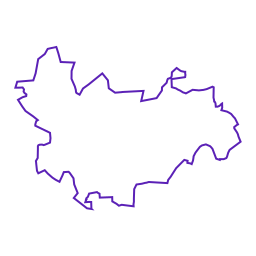 Bichi, Kano, Nigeria (orthographic projection)
{"feature_id": "59680162B73114171000075", "entity_name": "Bichi", "entity_type": "district", "adm_level": 2, "iso_a3": "NGA", "parent_name": "Nigeria", "parent_adm1": "Kano", "projection": "orthographic", "projection_center": [8.292, 12.285], "detail": "fine", "context": "isolated", "style": "outline", "palette": "violet", "viewbox_px": 256, "rotation_deg": 0, "n_neighbors": 0, "source": "geoboundaries", "source_scale": "gbopen_adm2", "svg_char_len": 2745}
<svg xmlns="http://www.w3.org/2000/svg" viewBox="0 0 256 256"><path d="M240.6,141.7L238.5,136.6L237.9,134.3L237.0,132.4L234.3,128.4L234.2,127.1L236.8,125.0L238.0,124.4L235.0,118.4L233.5,116.8L231.2,114.0L229.1,112.7L227.0,111.6L221.4,110.2L222.2,107.7L222.1,103.5L221.4,103.9L221.2,104.3L219.9,105.5L219.4,105.9L217.5,106.7L216.7,106.7L215.8,106.7L215.5,103.4L215.0,102.1L214.2,101.6L214.1,100.3L213.5,97.6L213.7,87.3L212.5,86.7L206.7,89.1L203.4,89.9L198.9,90.4L196.9,90.2L194.7,90.0L192.6,89.8L185.9,93.4L185.3,93.1L183.0,92.4L180.2,90.6L177.9,89.6L176.0,88.4L171.8,87.2L171.5,79.1L176.4,78.4L183.4,77.4L184.0,77.3L184.3,77.3L184.8,77.2L185.1,77.1L185.1,76.8L185.2,76.6L185.2,76.4L185.3,75.9L185.4,75.4L185.4,75.0L185.4,74.8L185.4,74.5L185.3,74.2L185.2,73.6L185.2,72.8L185.2,72.3L185.2,71.8L184.2,71.8L183.9,71.7L183.5,71.6L181.5,71.2L180.5,70.8L176.6,68.0L171.9,72.3L171.7,75.8L171.5,76.8L170.9,77.5L170.2,78.0L167.9,78.8L167.3,80.1L166.6,82.8L162.0,87.3L161.9,90.5L158.4,95.5L156.6,98.1L141.2,101.1L143.5,90.9L122.1,92.0L121.9,92.1L115.1,92.7L108.8,88.3L107.9,80.3L102.3,73.4L88.7,84.4L83.0,88.5L79.6,94.7L76.5,93.0L76.0,92.0L75.8,89.8L75.3,88.1L74.9,86.6L71.5,78.8L71.6,70.9L74.5,62.6L60.7,62.0L58.4,53.5L56.7,48.1L56.3,47.0L51.6,48.0L47.7,48.9L44.8,54.0L38.2,59.1L35.6,73.4L33.3,80.4L17.2,81.7L15.4,87.7L18.1,87.7L22.6,87.5L24.0,89.4L23.6,91.6L24.1,92.3L24.6,93.1L25.5,93.7L26.4,94.4L26.2,96.1L22.6,97.2L18.0,99.8L22.2,106.4L25.5,111.0L33.2,116.4L37.8,120.1L36.2,121.2L35.3,124.4L35.3,125.7L50.0,132.8L50.5,138.2L50.0,142.6L44.7,144.8L43.9,145.0L43.5,145.1L42.8,144.8L42.0,144.6L39.7,144.7L38.4,145.2L37.9,146.1L37.9,147.3L37.9,148.8L37.7,158.0L35.9,161.0L36.1,162.4L36.3,164.5L36.7,168.1L37.0,170.8L38.3,173.3L44.7,170.2L47.8,173.6L52.4,177.6L55.7,179.8L59.5,181.8L60.3,180.0L62.4,175.6L63.8,172.1L68.6,171.8L69.8,173.0L73.5,178.3L74.2,184.4L77.7,193.1L73.8,198.0L87.0,208.3L91.6,209.0L91.4,208.8L91.2,202.0L89.1,201.9L88.0,202.0L85.3,202.2L85.8,200.8L86.2,200.0L86.4,199.6L86.0,199.5L86.4,198.2L87.9,196.8L89.1,193.6L97.0,192.1L97.4,192.5L97.6,192.7L99.3,193.6L99.5,193.7L99.8,197.6L110.6,197.2L112.2,197.1L112.3,201.4L116.5,203.8L118.9,205.7L121.7,204.8L133.6,206.3L133.5,204.2L133.9,201.8L133.9,198.3L134.2,189.1L136.5,184.5L142.0,183.7L145.0,182.9L146.5,182.7L148.8,182.0L167.4,183.1L168.2,179.9L170.7,176.7L172.6,173.7L176.2,168.1L184.3,159.9L187.6,160.8L187.4,162.3L187.4,162.9L189.2,163.2L190.3,163.4L191.7,164.1L192.3,162.4L193.0,160.6L193.5,157.4L193.6,156.3L195.5,152.6L196.7,151.0L199.9,146.8L202.0,145.4L205.9,144.4L210.1,146.2L211.1,147.2L212.5,148.9L216.2,158.7L219.8,159.9L219.9,159.1L223.8,159.1L226.3,158.1L227.0,156.8L227.5,155.1L228.2,152.7L229.6,149.9L240.6,141.7Z" fill="none" stroke="#5b21b6" stroke-width="2"/></svg>